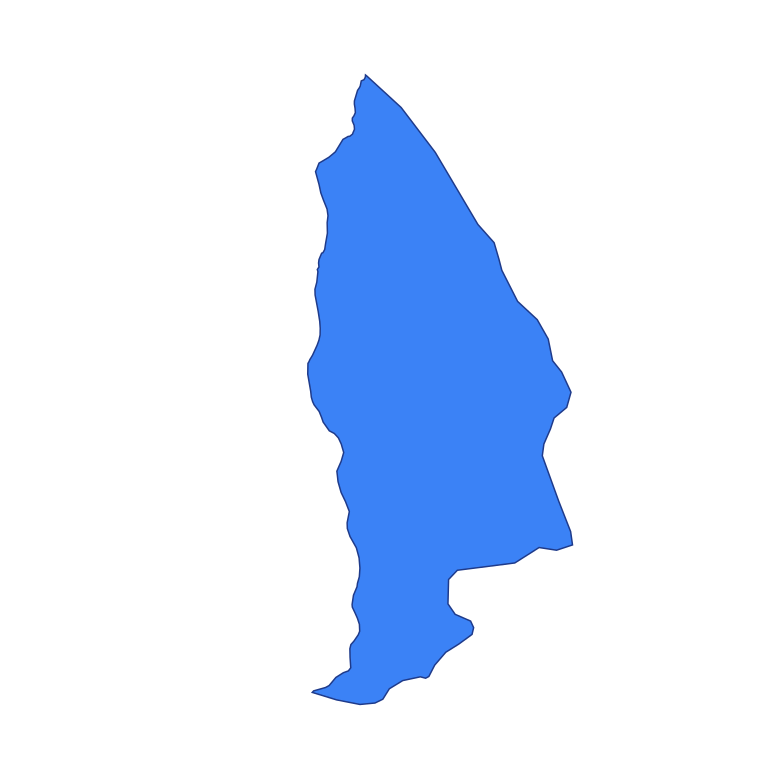 the district of Mayo-Tsanaga, Extrême-Nord, Cameroon, rotated 340°
{"feature_id": "32672807B48868778994443", "entity_name": "Mayo-Tsanaga", "entity_type": "district", "adm_level": 2, "iso_a3": "CMR", "parent_name": "Cameroon", "parent_adm1": "Extrême-Nord", "projection": "natural_earth1", "projection_center": [13.657, 10.578], "detail": "fine", "context": "isolated", "style": "filled", "palette": "blue", "viewbox_px": 768, "rotation_deg": 340, "n_neighbors": 0, "source": "geoboundaries", "source_scale": "gbopen_adm2", "svg_char_len": 1987}
<svg xmlns="http://www.w3.org/2000/svg" viewBox="0 0 768 768"><g transform="rotate(340 384 384)"><path d="M535.8,288.9L526.8,266.2L511.4,183.9L494.7,130.1L473.3,88.9L472.3,87.3L471.4,89.3L469.3,91.2L466.3,91.4L463.5,96.0L461.9,97.4L459.6,99.0L453.0,107.9L451.9,110.8L451.1,115.0L449.9,119.2L447.5,121.7L445.2,123.3L444.2,125.9L444.4,130.7L443.4,134.5L440.7,137.4L439.9,138.4L436.6,139.5L434.9,139.1L432.3,139.6L429.1,140.1L417.7,149.2L409.7,152.1L398.5,154.2L394.0,159.3L392.3,161.0L391.2,174.3L390.0,182.8L390.0,190.0L390.3,199.4L390.3,200.3L388.9,206.8L385.8,212.9L382.4,222.9L377.0,232.3L374.3,237.3L371.6,239.7L370.1,239.8L365.5,244.8L363.9,247.9L362.9,251.8L360.5,253.6L360.3,255.9L355.7,265.3L351.5,271.4L349.7,276.8L347.0,293.2L345.0,303.3L343.1,309.9L340.7,316.1L338.4,319.7L337.9,320.5L334.4,324.7L326.7,332.5L322.7,335.7L321.1,337.4L319.6,338.6L315.7,348.7L312.6,365.9L311.2,371.5L310.9,376.2L311.2,379.7L313.7,387.7L313.9,394.2L313.8,399.0L316.6,409.3L320.4,413.5L322.7,419.0L323.3,425.7L322.7,434.6L317.3,442.0L313.5,446.0L309.9,449.8L308.8,454.4L307.4,460.1L306.6,471.3L307.6,481.4L307.8,492.0L301.9,501.8L300.1,507.3L299.9,515.7L302.0,528.5L301.1,538.9L298.4,548.8L294.9,556.7L290.9,562.2L289.3,565.3L283.1,572.0L278.6,580.3L277.9,582.9L278.5,589.2L278.9,595.0L278.7,601.4L276.6,608.0L274.0,610.9L267.7,615.4L263.8,617.5L261.4,621.1L258.6,629.3L255.7,639.3L252.4,641.4L247.0,641.4L238.4,643.3L229.3,648.6L225.2,649.2L212.9,648.3L211.1,649.3L231.4,664.6L251.8,676.9L266.4,680.7L275.1,679.8L284.8,672.2L300.2,669.1L318.0,671.6L322.5,674.7L326.1,674.2L335.5,665.5L350.3,657.2L365.6,653.9L381.1,649.4L384.9,643.6L384.3,636.4L372.1,624.8L368.9,612.5L377.8,589.8L389.2,584.1L445.7,596.9L473.8,590.7L489.3,599.2L506.1,599.7L508.9,586.5L508.1,553.8L508.2,505.6L513.7,495.1L525.0,483.2L532.2,474.1L547.7,468.5L556.9,455.7L555.0,433.5L550.4,419.8L553.7,397.9L550.0,376.0L537.8,352.1L533.6,317.4L534.7,306.0L535.8,288.9Z" fill="#3b82f6" stroke="#1e3a8a" stroke-width="1.5"/></g></svg>